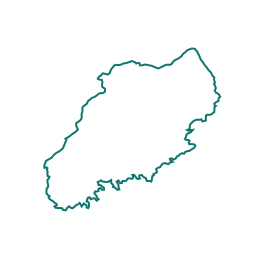 outline of Santana do Riacho, Minas Gerais, Brazil, rotated 252°
{"feature_id": "56859067B87261280335376", "entity_name": "Santana do Riacho", "entity_type": "district", "adm_level": 2, "iso_a3": "BRA", "parent_name": "Brazil", "parent_adm1": "Minas Gerais", "projection": "equal_earth", "projection_center": [-43.665, -19.182], "detail": "fine", "context": "isolated", "style": "outline", "palette": "teal", "viewbox_px": 256, "rotation_deg": 252, "n_neighbors": 0, "source": "geoboundaries", "source_scale": "gbopen_adm2", "svg_char_len": 4217}
<svg xmlns="http://www.w3.org/2000/svg" viewBox="0 0 256 256"><g transform="rotate(252 128 128)"><path d="M82.0,159.9L84.2,158.3L85.8,158.3L85.7,160.2L83.9,161.2L84.3,164.1L85.8,165.7L86.1,167.9L87.0,169.5L87.3,171.6L86.2,173.3L87.5,175.0L87.7,177.2L87.2,178.9L87.7,180.6L88.2,183.0L88.9,185.3L90.6,186.6L92.1,185.7L93.0,183.7L93.8,181.2L95.6,181.4L96.7,182.6L97.9,181.8L98.7,179.6L100.1,178.7L101.1,180.0L102.8,181.0L104.2,182.5L104.3,184.4L104.6,186.6L106.2,189.1L106.6,186.8L106.8,184.6L107.8,183.6L108.1,186.3L109.5,186.9L111.4,187.6L112.9,189.2L113.5,190.8L114.4,192.4L114.6,194.4L114.6,196.4L113.8,198.2L113.5,200.5L111.3,200.7L111.1,202.5L111.1,204.4L113.2,205.0L114.4,205.6L115.7,206.0L116.1,207.6L115.4,209.0L115.2,211.2L115.7,212.8L116.5,215.0L118.6,215.8L121.0,216.7L121.9,218.4L123.0,217.4L124.6,217.7L125.4,219.9L125.7,222.3L127.3,222.9L128.5,223.7L129.2,225.3L130.6,225.0L131.9,224.8L133.1,224.0L134.5,222.5L136.8,222.1L138.8,223.9L141.2,223.9L143.2,223.4L144.4,224.8L146.1,224.7L147.7,224.8L149.3,225.7L151.3,224.6L152.9,224.4L154.6,224.1L156.7,223.4L158.1,222.4L159.8,222.0L161.8,221.4L163.7,220.5L165.6,220.0L167.6,219.5L169.8,218.6L171.8,218.2L173.6,218.2L175.6,218.0L177.6,217.5L178.9,217.7L180.5,216.7L182.3,216.3L183.3,214.7L183.9,213.2L183.8,210.9L183.6,208.1L182.5,206.2L181.9,204.4L181.1,202.6L179.9,201.3L178.9,198.6L178.3,196.2L178.1,193.8L177.2,191.7L176.1,190.2L175.2,188.8L175.2,187.0L176.0,185.3L176.3,183.2L176.0,180.8L175.7,179.0L175.4,177.1L175.3,175.1L176.7,173.6L177.9,171.8L179.1,170.7L180.0,169.5L180.8,168.0L181.9,166.1L182.8,164.6L183.2,162.9L183.2,160.8L183.9,158.7L186.0,159.0L187.0,157.4L186.8,155.7L188.3,155.1L189.5,153.7L190.5,152.1L190.3,149.6L190.3,146.4L190.8,143.5L190.4,140.8L190.8,138.3L191.5,136.9L191.9,135.3L191.4,133.6L190.4,132.4L189.4,130.5L187.4,128.7L185.9,127.9L185.1,125.2L186.4,123.2L187.8,120.9L186.4,118.6L185.6,116.0L184.1,114.5L182.8,115.9L181.8,118.0L179.7,117.9L178.3,117.3L177.0,116.5L175.0,116.3L173.4,117.6L172.1,118.2L170.6,117.7L169.4,116.9L169.0,114.9L169.4,113.3L169.8,111.7L169.3,109.9L168.6,108.3L167.9,105.9L167.7,102.7L166.8,100.7L166.3,99.0L165.4,97.7L164.0,96.7L163.3,95.1L162.6,92.7L161.7,91.1L160.4,90.6L158.9,90.2L157.0,89.2L155.5,88.1L153.6,87.6L152.0,87.1L150.8,86.1L149.7,84.2L149.3,82.5L148.5,80.2L146.1,79.4L144.0,79.6L142.1,80.0L141.0,78.0L140.3,76.3L139.7,74.0L139.0,71.8L138.2,69.9L137.7,68.0L137.2,65.2L135.9,65.8L134.8,65.0L133.5,63.7L132.2,62.7L130.7,61.4L129.0,60.1L128.3,58.6L127.6,57.0L126.9,54.8L126.4,51.9L125.6,49.8L124.9,48.4L123.3,46.2L122.7,43.0L122.1,40.1L120.2,38.3L118.7,37.2L117.2,36.4L115.9,36.2L115.8,38.2L114.7,39.0L113.3,37.8L111.3,38.1L109.5,37.2L107.1,36.7L106.0,38.3L104.6,37.2L103.5,35.3L101.2,34.7L99.2,34.5L97.7,34.3L96.5,33.6L95.9,32.1L94.4,31.6L92.9,30.8L91.0,30.3L88.7,31.2L87.4,32.4L86.4,31.0L84.7,31.5L82.9,32.8L81.6,34.1L79.8,34.9L78.1,36.5L76.5,36.5L76.2,33.8L74.6,34.3L73.6,36.3L72.9,38.4L72.1,40.6L70.2,40.9L68.9,43.3L70.8,45.5L71.7,47.9L69.9,48.9L68.9,50.1L69.4,52.4L70.7,54.7L70.7,56.6L71.7,58.8L69.9,59.4L67.7,59.6L68.6,61.2L69.9,62.6L68.6,63.7L67.2,64.6L65.2,64.1L64.1,65.4L65.6,66.7L67.2,67.1L68.5,67.5L70.0,67.3L71.1,65.9L72.3,66.8L74.1,68.4L73.9,70.3L71.8,70.5L71.9,72.8L71.4,74.6L70.0,75.1L68.5,75.8L69.4,78.0L71.3,77.0L73.1,77.0L74.3,76.6L76.3,75.8L77.8,77.0L77.2,79.0L77.3,80.7L79.0,80.9L79.6,82.8L78.5,83.8L77.2,84.2L76.7,86.2L78.7,86.6L80.6,85.2L82.2,84.2L82.8,82.3L84.1,82.5L85.8,82.4L86.1,84.2L86.6,86.1L84.8,87.4L83.6,90.2L82.9,92.2L83.2,94.1L83.7,95.9L82.2,95.4L80.6,95.0L79.4,95.8L77.8,96.4L76.5,95.5L75.6,97.0L74.1,97.8L72.4,99.0L72.3,100.8L74.0,100.6L75.5,101.0L76.7,101.3L78.4,101.1L80.5,100.6L81.0,102.7L79.4,103.3L78.0,103.5L77.6,105.3L79.4,106.4L78.5,108.2L78.5,110.2L79.9,111.9L79.7,113.9L78.5,115.8L79.0,117.4L80.3,117.8L81.9,117.6L81.6,119.3L80.3,119.7L78.8,120.4L77.3,120.6L76.2,122.0L76.3,123.8L77.6,123.4L79.4,124.0L79.1,126.5L77.5,127.2L76.0,128.1L74.8,129.5L73.2,129.4L71.7,129.6L71.2,131.9L69.9,133.5L71.4,134.7L73.1,135.5L74.7,136.2L75.0,137.9L76.3,137.9L76.4,139.8L77.1,142.0L78.5,142.0L80.1,141.9L81.0,144.1L80.8,146.2L81.8,147.7L83.3,149.6L83.3,151.8L82.4,153.4L81.1,155.1L82.1,157.3L82.0,159.9Z" fill="none" stroke="#0f766e" stroke-width="2"/></g></svg>